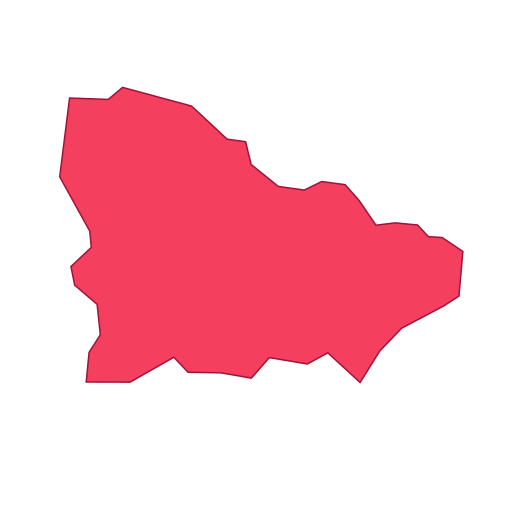 outline of Kolonjë, Korçë, Albania, rotated 278°
{"feature_id": "67620474B91947048364679", "entity_name": "Kolonjë", "entity_type": "district", "adm_level": 2, "iso_a3": "ALB", "parent_name": "Albania", "parent_adm1": "Korçë", "projection": "natural_earth1", "projection_center": [20.638, 40.285], "detail": "fine", "context": "isolated", "style": "filled", "palette": "rose", "viewbox_px": 512, "rotation_deg": 278, "n_neighbors": 0, "source": "geoboundaries", "source_scale": "gbopen_adm2", "svg_char_len": 656}
<svg xmlns="http://www.w3.org/2000/svg" viewBox="0 0 512 512"><g transform="rotate(278 256 256)"><path d="M107.6,105.4L113.6,148.9L144.3,188.7L131.4,204.9L135.4,237.3L134.4,268.4L157.2,283.3L156.2,321.9L170.1,340.6L145.2,376.7L179.0,391.7L204.8,410.3L232.7,448.9L244.6,462.6L289.3,460.2L300.2,437.7L299.2,424.0L309.2,411.6L308.2,389.2L303.2,370.5L325.1,350.6L339.0,334.4L338.9,310.7L328.0,294.6L328.0,268.4L345.9,238.5L367.7,229.8L367.7,211.1L395.5,171.3L404.4,100.4L390.5,87.9L386.5,49.4L307.1,50.6L257.5,87.9L241.6,91.7L219.8,74.2L201.9,80.5L186.0,105.4L156.3,112.8L137.4,104.1L107.6,105.4Z" fill="#f43f5e" stroke="#9f1239" stroke-width="1.5"/></g></svg>